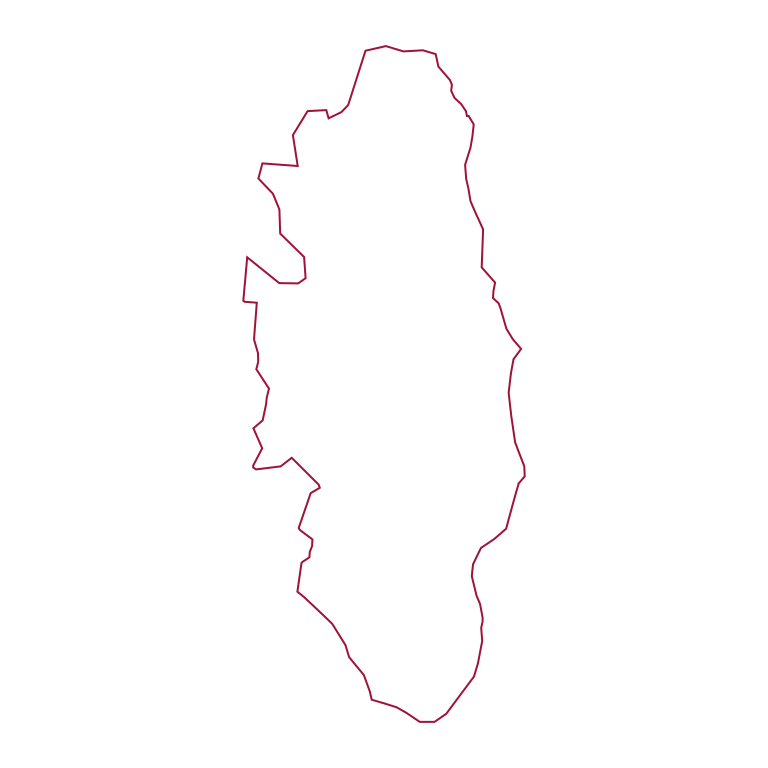 the district of Agaie, Niger, Nigeria
{"feature_id": "59680162B6425058524044", "entity_name": "Agaie", "entity_type": "district", "adm_level": 2, "iso_a3": "NGA", "parent_name": "Nigeria", "parent_adm1": "Niger", "projection": "natural_earth1", "projection_center": [6.472, 8.942], "detail": "fine", "context": "isolated", "style": "outline", "palette": "rose", "viewbox_px": 768, "rotation_deg": 0, "n_neighbors": 0, "source": "geoboundaries", "source_scale": "gbopen_adm2", "svg_char_len": 2529}
<svg xmlns="http://www.w3.org/2000/svg" viewBox="0 0 768 768"><path d="M371.7,699.7L372.0,699.8L386.9,704.2L387.2,704.3L387.5,704.4L396.4,707.2L396.7,707.3L397.0,707.5L406.3,712.8L419.5,721.7L419.7,721.9L420.0,721.9L423.0,721.9L427.1,721.9L427.7,721.9L431.4,721.9L434.2,721.9L434.5,721.9L434.8,721.7L445.9,714.0L446.2,713.9L446.4,713.6L462.3,692.2L473.8,676.8L474.0,676.5L474.1,676.2L477.8,663.8L477.9,663.4L478.0,663.0L482.1,641.6L482.2,641.3L482.2,640.9L481.2,627.8L482.6,621.6L482.6,618.4L482.6,618.1L482.6,617.7L480.7,607.4L480.1,604.3L480.0,603.9L479.9,603.6L478.1,599.4L476.7,596.2L476.6,595.9L476.5,595.5L471.9,576.6L471.8,576.2L471.8,575.8L471.9,575.7L472.0,574.5L472.1,573.1L472.8,566.5L472.9,565.7L473.0,564.8L473.0,564.7L473.1,564.1L473.3,563.8L477.5,555.0L477.8,554.4L480.8,548.3L480.9,548.0L481.2,547.8L490.4,541.6L494.1,539.1L494.4,538.9L494.7,538.6L505.8,529.0L506.1,528.8L506.2,528.5L509.3,517.0L511.6,508.7L511.7,508.1L516.8,489.9L517.1,489.0L518.6,483.8L518.6,483.4L518.9,483.2L521.3,480.4L524.5,476.6L524.7,476.4L524.7,476.0L524.3,466.7L524.3,466.3L524.2,466.0L518.3,450.8L516.2,445.1L515.4,443.2L515.3,442.9L515.2,442.6L515.1,442.2L511.3,416.2L511.3,415.9L511.2,415.4L509.9,403.8L509.8,403.0L508.7,393.1L508.7,392.7L508.7,392.3L510.8,374.5L510.8,374.0L510.9,373.6L513.4,359.8L513.4,359.4L513.6,359.1L520.8,349.3L521.1,348.9L512.8,339.2L506.4,328.7L500.5,308.3L498.6,303.2L494.2,299.2L493.0,298.0L493.5,290.7L495.1,282.6L481.7,267.4L483.1,229.3L475.7,213.2L471.6,203.8L470.5,201.1L468.3,188.0L466.2,179.0L465.1,164.8L470.5,147.6L472.4,136.5L473.7,124.6L473.7,124.4L472.0,121.5L468.7,116.0L468.0,116.0L466.9,116.0L466.0,111.3L461.3,104.2L454.6,98.0L451.2,90.9L451.9,84.7L449.9,80.0L438.4,66.6L435.7,54.1L422.9,50.3L403.4,51.4L385.9,46.1L365.5,50.7L348.2,105.0L341.4,112.1L328.6,118.3L326.3,110.1L307.6,111.1L292.9,135.1L297.7,166.0L262.4,163.4L258.4,178.5L272.9,193.7L279.4,209.5L280.2,233.6L304.1,257.0L305.6,278.2L298.7,283.0L298.1,283.4L279.2,283.1L247.2,257.3L244.5,287.6L243.3,300.8L244.7,301.8L256.8,302.7L254.0,339.4L258.0,353.2L258.2,362.0L256.3,369.2L269.0,388.6L266.8,397.4L266.0,404.6L262.7,420.3L253.4,428.3L262.2,448.3L253.2,465.5L253.2,467.5L256.1,469.4L280.6,466.4L291.7,457.8L318.7,484.7L319.8,487.8L310.7,493.1L298.7,528.0L299.9,530.0L312.4,539.4L312.1,546.0L309.8,551.9L309.4,557.3L302.6,561.8L301.5,563.0L297.4,591.7L304.2,597.2L319.7,611.8L332.2,623.8L338.5,633.9L345.5,645.2L349.1,657.1L352.5,661.3L363.9,675.1L369.8,691.4L371.7,699.7Z" fill="none" stroke="#9f1239" stroke-width="2"/></svg>